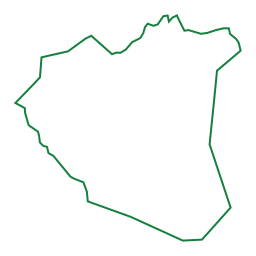 São João do Arraial, Piauí, Brazil (Natural Earth projection)
{"feature_id": "56859067B50480600243719", "entity_name": "São João do Arraial", "entity_type": "district", "adm_level": 2, "iso_a3": "BRA", "parent_name": "Brazil", "parent_adm1": "Piauí", "projection": "natural_earth1", "projection_center": [-42.455, -3.821], "detail": "fine", "context": "isolated", "style": "outline", "palette": "green", "viewbox_px": 256, "rotation_deg": 0, "n_neighbors": 0, "source": "geoboundaries", "source_scale": "gbopen_adm2", "svg_char_len": 788}
<svg xmlns="http://www.w3.org/2000/svg" viewBox="0 0 256 256"><path d="M202.0,239.6L230.6,207.6L223.4,185.9L209.6,144.4L214.0,101.4L217.0,70.7L240.6,50.7L238.7,42.8L236.3,39.1L230.0,33.9L228.9,28.4L223.5,28.3L215.9,30.1L207.4,32.9L201.0,33.8L188.6,30.1L184.4,30.7L179.1,20.3L176.9,15.4L172.4,17.7L168.9,21.6L167.6,15.5L163.4,16.2L157.7,24.4L153.4,25.8L147.7,23.7L145.0,27.1L143.2,33.3L140.2,38.1L132.2,42.1L125.8,49.6L120.4,52.8L116.4,52.6L112.0,54.2L91.3,35.8L85.4,38.7L67.9,51.4L48.6,55.7L41.5,57.4L40.0,77.3L34.5,83.2L15.4,103.0L24.8,108.1L25.1,112.9L28.7,125.3L38.0,131.7L39.1,135.9L39.9,142.4L42.9,145.6L47.0,146.9L48.5,153.1L53.4,155.9L70.5,176.7L74.2,178.7L83.4,182.3L86.8,191.4L87.8,201.4L130.8,216.9L182.8,240.6L202.0,239.6Z" fill="none" stroke="#15803d" stroke-width="2"/></svg>